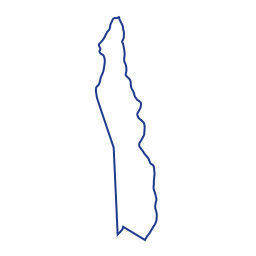 the district of Mavay, Choiseul, Saint Lucia, rotated 184°
{"feature_id": "8701671B50877038935662", "entity_name": "Mavay", "entity_type": "district", "adm_level": 2, "iso_a3": "LCA", "parent_name": "Saint Lucia", "parent_adm1": "Choiseul", "projection": "natural_earth1", "projection_center": [-61.034, 13.806], "detail": "fine", "context": "isolated", "style": "outline", "palette": "blue", "viewbox_px": 256, "rotation_deg": 184, "n_neighbors": 0, "source": "geoboundaries", "source_scale": "gbopen_adm2", "svg_char_len": 5888}
<svg xmlns="http://www.w3.org/2000/svg" viewBox="0 0 256 256"><g transform="rotate(184 128 128)"><path d="M161.2,156.4L159.3,151.5L140.9,107.4L130.9,21.0L128.6,23.7L126.6,26.3L126.3,27.2L125.9,29.1L103.3,17.5L102.3,19.6L101.5,21.1L101.2,21.6L100.7,22.4L100.4,22.9L99.9,23.5L99.0,25.0L98.2,26.6L97.9,27.3L97.4,28.2L96.6,29.7L96.6,30.0L96.4,30.3L96.2,30.8L95.6,31.6L95.4,32.1L94.9,33.0L94.5,33.6L94.2,34.3L94.1,34.5L93.5,36.6L93.4,37.2L93.2,37.7L93.1,38.1L93.1,38.6L93.1,40.0L93.2,41.8L93.2,43.2L93.2,43.6L93.4,44.5L93.6,45.6L93.8,46.0L94.5,48.1L95.0,49.4L95.2,50.0L95.3,50.7L95.4,51.3L95.4,52.1L95.4,52.9L95.3,53.5L95.3,53.8L95.2,55.2L95.0,56.1L95.0,56.6L94.8,57.3L94.7,58.1L94.7,59.0L94.7,59.3L95.0,60.3L95.4,61.5L95.6,62.3L95.8,62.9L96.0,63.4L96.2,64.0L96.3,64.3L96.6,65.0L96.8,65.7L97.2,66.6L97.4,66.9L97.6,67.4L97.8,67.9L97.9,68.2L98.1,68.8L98.2,69.5L98.3,70.3L98.4,70.6L98.4,72.4L98.3,72.7L98.3,74.0L98.4,75.2L98.4,75.9L98.5,76.3L98.5,76.9L98.5,77.5L98.4,80.6L98.4,80.9L98.4,81.3L98.4,82.1L98.3,82.8L98.3,83.4L98.4,84.9L98.5,85.2L98.5,85.5L98.7,86.3L98.7,86.6L99.0,88.3L99.1,89.0L99.2,89.8L99.3,90.3L99.4,90.6L99.5,91.0L99.7,91.6L99.9,92.0L100.3,92.5L101.0,92.9L101.5,93.3L102.8,94.0L103.1,94.3L103.3,94.5L103.5,94.8L103.7,95.3L104.0,95.8L104.2,96.2L104.4,96.7L104.7,97.2L104.8,97.5L104.9,97.8L105.1,98.3L105.2,98.5L105.4,98.9L105.6,99.1L106.1,99.7L107.3,100.9L108.0,101.7L108.6,102.3L108.8,102.5L109.1,102.8L109.6,103.2L109.9,103.7L110.1,104.0L110.4,104.2L110.9,105.1L111.3,105.6L111.8,106.2L112.1,106.7L112.4,107.1L112.9,107.5L113.3,107.9L113.5,108.2L113.9,108.7L115.1,109.9L115.3,110.2L115.4,110.5L115.6,111.2L115.6,111.6L115.6,112.7L115.6,113.4L115.5,113.7L115.2,114.4L115.0,114.7L114.5,115.6L113.9,116.8L113.6,117.4L113.2,118.4L112.6,119.7L112.4,120.0L112.3,120.3L112.0,120.9L111.6,122.0L111.5,122.4L111.4,122.8L111.4,123.4L111.4,129.2L111.4,129.5L111.7,131.3L111.8,131.9L111.9,132.7L112.0,133.0L112.1,133.4L112.4,134.0L112.6,134.3L113.3,135.0L113.7,135.4L114.4,135.9L114.5,136.1L115.3,136.7L115.6,136.9L115.9,137.1L116.7,137.5L117.2,138.0L117.6,138.3L118.1,138.7L118.3,138.9L118.6,139.2L118.7,139.6L119.0,140.3L119.3,140.8L119.6,141.7L119.7,142.1L119.7,142.5L119.6,142.8L119.6,143.2L119.5,143.5L119.4,143.8L119.2,144.1L118.2,146.0L117.7,147.2L117.5,147.7L117.2,148.3L117.0,149.1L116.9,149.6L116.8,150.6L116.7,151.8L116.7,152.7L116.8,153.0L116.8,153.5L116.9,153.8L117.0,154.1L117.2,154.4L117.4,154.6L117.6,154.8L117.9,155.0L118.5,155.4L118.8,155.6L119.1,155.9L119.7,156.1L120.2,156.4L120.4,156.6L120.8,156.8L121.0,157.0L121.3,157.3L121.6,157.8L122.4,158.8L122.7,159.0L122.9,159.3L123.4,159.9L123.5,160.2L123.8,160.9L124.0,161.5L124.2,162.5L124.4,163.1L124.6,163.4L124.8,163.8L125.0,164.2L125.2,164.8L126.1,166.1L126.5,166.6L126.8,167.1L127.3,168.0L127.7,168.9L127.9,169.6L128.1,170.5L128.3,171.7L128.4,172.2L128.4,172.4L128.4,173.2L128.7,174.6L129.2,176.0L129.4,176.2L129.8,176.8L130.3,177.2L130.5,177.4L131.0,177.8L131.2,178.0L131.7,178.4L132.4,179.0L132.9,179.4L133.1,179.6L133.6,180.2L134.1,180.9L134.1,181.5L134.1,181.8L133.9,182.7L133.7,183.7L133.6,184.6L133.6,185.2L133.6,185.8L133.7,186.7L133.8,186.9L133.9,188.1L134.0,188.7L134.2,189.5L134.3,190.0L134.4,190.3L134.6,190.7L134.7,191.0L135.6,192.8L135.9,193.2L136.2,194.0L136.4,194.6L136.5,195.3L136.7,196.4L136.7,197.6L136.6,197.9L136.6,198.3L136.5,199.3L136.5,200.1L136.5,201.3L136.5,201.8L136.6,202.1L136.6,202.4L136.7,202.7L136.7,203.0L136.8,203.4L136.9,204.0L137.2,205.5L137.7,207.6L137.8,207.8L137.8,208.2L138.1,209.0L138.1,209.3L138.5,210.6L138.7,211.2L138.8,211.5L139.0,212.0L139.2,212.3L139.6,212.9L139.8,213.2L139.9,213.6L139.8,214.2L139.6,214.8L139.5,215.0L139.4,215.3L139.0,216.3L138.7,217.0L138.6,217.4L138.6,217.8L138.5,218.2L138.6,220.3L138.6,220.6L138.6,220.8L138.7,222.1L138.8,222.3L138.8,222.6L138.8,222.9L138.8,223.1L138.9,223.5L138.9,223.8L139.0,224.1L139.2,224.7L139.4,225.2L139.5,225.5L139.9,226.8L140.0,227.5L140.1,228.2L140.3,229.0L140.6,229.7L140.7,230.0L141.1,230.7L141.3,231.1L141.5,231.3L141.8,231.9L142.4,232.9L143.1,234.1L143.3,234.5L143.7,235.2L143.8,235.4L144.3,236.4L144.4,236.7L144.5,237.5L144.5,237.8L145.5,238.5L145.1,237.7L145.9,237.3L146.3,237.1L146.9,236.9L147.2,236.8L147.5,236.7L148.7,236.9L149.0,236.9L149.2,236.7L149.8,236.3L150.1,236.0L150.6,235.5L150.9,235.0L151.0,234.7L151.2,234.1L151.4,233.4L151.6,232.9L152.2,231.5L152.3,231.2L152.4,230.8L152.6,230.5L152.7,229.9L152.8,229.6L152.9,228.6L152.9,227.9L152.9,227.3L153.0,227.0L153.1,226.3L153.3,225.4L153.5,225.1L153.6,224.8L153.8,224.5L154.1,224.1L154.7,223.3L155.1,222.8L155.5,222.2L155.9,221.3L156.1,220.6L156.3,220.2L157.2,218.4L157.3,218.1L157.4,217.7L157.5,217.3L157.8,216.8L158.3,215.8L158.8,214.8L159.3,214.1L159.7,213.5L160.3,212.6L160.9,211.9L161.3,211.4L161.7,210.9L162.5,209.9L162.7,209.6L162.8,209.3L162.9,208.9L162.9,208.6L162.8,208.2L162.6,207.9L162.3,207.4L161.8,206.4L161.5,205.9L161.3,205.6L161.2,205.2L161.1,204.7L161.1,204.3L161.2,204.0L161.3,203.8L161.7,203.3L161.8,203.0L161.9,202.6L161.8,202.3L161.7,202.0L161.3,201.3L160.9,200.7L160.7,200.6L160.5,200.4L160.3,200.3L160.0,200.1L159.4,199.9L159.1,199.7L158.1,199.1L157.8,198.9L157.5,198.6L157.3,198.3L157.2,198.1L156.7,197.0L156.5,196.6L156.4,196.3L156.3,196.0L156.0,194.7L156.0,194.3L155.8,193.2L155.8,191.3L155.8,191.0L155.8,190.6L155.9,190.4L155.9,189.5L155.9,189.2L155.9,188.9L156.0,188.6L156.0,188.4L156.0,187.8L156.1,187.2L156.2,186.1L156.3,185.3L156.4,184.9L156.4,184.2L156.5,183.4L156.7,182.3L156.9,181.7L157.1,181.3L157.3,180.3L157.6,179.5L157.7,179.3L158.1,178.1L158.5,177.2L158.7,176.5L158.7,176.2L158.9,175.4L159.1,173.5L159.3,172.2L159.5,171.4L159.9,170.0L160.4,168.9L160.6,168.6L160.9,168.3L161.8,167.4L162.0,167.1L162.3,166.6L162.4,166.3L162.6,165.7L162.6,165.3L162.7,164.7L162.7,163.9L162.6,162.9L162.6,162.6L162.4,161.6L162.3,161.3L162.0,160.2L162.0,159.9L161.6,158.2L161.2,156.4Z" fill="none" stroke="#1e3a8a" stroke-width="2"/></g></svg>